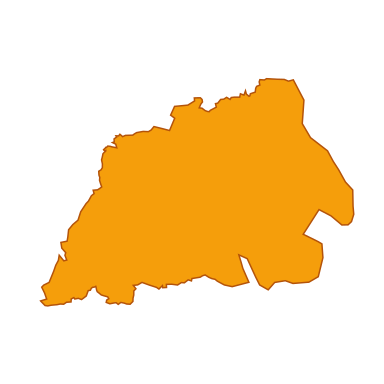 Vavatsinia, Larnaca, Cyprus, rotated 85°
{"feature_id": "46923920B57203172631689", "entity_name": "Vavatsinia", "entity_type": "district", "adm_level": 2, "iso_a3": "CYP", "parent_name": "Cyprus", "parent_adm1": "Larnaca", "projection": "equal_earth", "projection_center": [33.234, 34.887], "detail": "fine", "context": "isolated", "style": "filled", "palette": "amber", "viewbox_px": 384, "rotation_deg": 85, "n_neighbors": 0, "source": "geoboundaries", "source_scale": "gbopen_adm2", "svg_char_len": 2955}
<svg xmlns="http://www.w3.org/2000/svg" viewBox="0 0 384 384"><g transform="rotate(85 192 192)"><path d="M89.1,81.3L90.0,86.2L87.9,90.3L87.1,97.3L85.6,107.9L86.7,110.1L86.0,114.6L88.2,115.5L91.4,115.1L92.4,118.4L94.2,119.5L98.0,120.3L99.2,125.3L101.3,126.0L101.6,126.9L99.2,129.3L95.9,129.9L100.0,131.8L98.4,135.2L101.7,136.2L101.5,138.2L101.2,141.7L101.3,144.7L103.1,146.0L100.7,149.3L102.3,152.3L102.3,155.4L103.5,156.5L105.8,158.7L106.0,160.9L109.6,160.4L110.7,163.0L112.2,166.6L113.5,167.9L113.0,169.9L112.0,171.9L109.4,174.7L108.8,177.5L105.3,175.6L103.2,173.7L100.7,173.9L98.9,175.4L98.7,177.9L98.5,181.5L101.5,181.5L105.1,188.6L105.2,201.9L113.6,206.6L117.0,202.8L128.8,209.0L126.4,215.7L123.5,224.2L126.7,227.3L128.1,230.2L128.0,230.9L127.4,235.4L128.0,242.0L129.1,244.3L130.2,246.1L129.8,253.4L130.8,256.3L130.0,257.0L128.2,258.8L129.7,260.2L129.4,262.9L130.7,262.3L132.3,265.0L135.3,265.1L135.8,266.9L137.7,263.8L141.4,263.1L140.0,268.0L139.4,269.4L138.9,271.9L140.2,273.4L140.0,274.0L140.9,274.8L142.1,276.4L142.7,276.1L143.3,275.3L143.1,274.3L143.7,274.4L144.9,276.0L146.2,277.4L147.3,277.7L149.9,278.5L152.1,279.3L156.2,278.8L160.0,279.2L162.0,280.7L163.2,283.1L167.1,283.2L169.5,282.6L172.2,283.1L176.0,282.3L179.1,281.5L180.5,283.8L181.6,285.9L181.6,290.3L185.1,289.7L186.9,292.5L192.1,296.0L194.3,298.5L202.0,304.6L210.1,308.0L214.0,313.5L218.7,318.1L218.8,318.2L225.9,319.6L230.1,320.7L230.8,327.0L236.6,326.6L241.4,323.1L244.0,324.1L248.9,322.7L249.4,325.7L243.4,329.8L248.5,331.1L253.1,334.1L258.9,336.7L269.6,342.2L271.8,347.8L273.7,350.0L279.7,347.7L286.0,346.1L287.3,352.3L287.6,352.1L292.3,348.3L292.9,345.6L292.5,342.0L292.5,336.8L292.5,336.3L292.1,333.1L292.6,329.6L290.9,326.6L291.0,322.1L288.0,321.6L286.9,318.9L288.4,318.1L288.0,314.5L289.5,311.4L288.3,309.4L286.4,306.4L281.2,304.0L281.0,301.8L279.3,300.8L278.3,299.5L278.2,297.5L277.6,296.1L279.2,295.8L281.3,295.6L283.0,295.1L284.6,293.4L286.6,291.4L287.6,289.1L289.1,285.1L291.1,284.2L292.2,286.4L294.5,287.1L296.2,283.6L295.7,278.9L295.7,277.2L297.5,275.3L295.8,272.5L296.8,269.2L297.9,266.8L298.4,263.4L295.9,260.4L292.6,260.0L289.6,259.0L285.5,258.6L283.5,256.3L279.9,258.6L279.8,254.2L277.7,249.7L281.0,242.6L283.9,235.7L285.8,233.4L282.7,229.6L284.8,229.5L284.9,225.7L281.8,225.6L282.1,220.3L283.4,214.5L281.3,210.5L281.8,207.5L279.2,203.5L280.5,200.3L278.2,199.6L278.2,199.4L278.0,197.0L277.8,194.3L277.6,191.3L276.3,188.7L275.8,186.1L278.4,182.7L280.0,179.8L281.0,176.6L282.8,174.8L283.8,173.4L287.4,167.9L289.8,160.2L287.2,145.0L286.9,143.2L272.6,148.0L266.3,149.2L258.7,150.8L263.2,142.8L282.2,136.0L290.5,132.7L296.1,124.6L289.3,117.5L288.5,106.8L291.9,99.4L292.0,83.4L287.4,73.6L268.8,67.3L255.0,67.1L252.3,70.9L243.8,84.9L220.6,67.0L227.9,55.6L237.9,45.6L238.3,39.4L235.4,35.7L228.3,32.8L220.2,32.8L204.0,31.7L195.4,38.3L182.8,43.9L173.9,48.6L162.8,53.4L148.2,69.2L133.5,76.2L110.2,72.5L89.1,81.3Z" fill="#f59e0b" stroke="#b45309" stroke-width="1.5"/></g></svg>